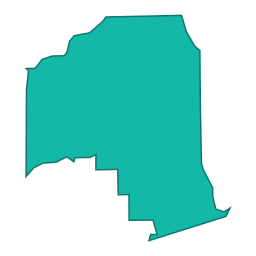 outline of Putnam, Florida, United States of America
{"feature_id": "52423323B20904030146167", "entity_name": "Putnam", "entity_type": "district", "adm_level": 2, "iso_a3": "USA", "parent_name": "United States of America", "parent_adm1": "Florida", "projection": "equal_earth", "projection_center": [-81.769, 29.582], "detail": "fine", "context": "isolated", "style": "filled", "palette": "teal", "viewbox_px": 256, "rotation_deg": 0, "n_neighbors": 0, "source": "geoboundaries", "source_scale": "gbopen_adm2", "svg_char_len": 654}
<svg xmlns="http://www.w3.org/2000/svg" viewBox="0 0 256 256"><path d="M181.5,15.4L105.9,17.0L102.8,21.4L89.7,32.8L74.2,35.7L69.6,41.2L67.1,52.0L64.3,55.8L52.3,56.0L42.2,59.3L35.1,68.4L28.4,68.4L26.3,68.6L28.5,70.7L26.5,89.8L26.1,176.5L33.9,167.7L43.0,163.1L56.2,162.2L66.8,156.7L73.9,161.8L75.0,157.7L89.9,157.4L95.9,154.7L95.9,169.8L117.7,169.4L118.2,194.8L129.0,194.5L129.1,220.3L153.0,220.0L157.1,234.6L150.8,234.4L149.0,240.6L226.0,216.3L229.9,208.2L224.1,211.9L215.8,209.1L212.8,197.0L212.6,187.7L203.4,170.0L201.5,163.8L200.4,110.4L200.0,67.1L199.9,50.6L194.6,46.0L186.3,31.6L181.5,15.4Z" fill="#14b8a6" stroke="#0f766e" stroke-width="1.5"/></svg>